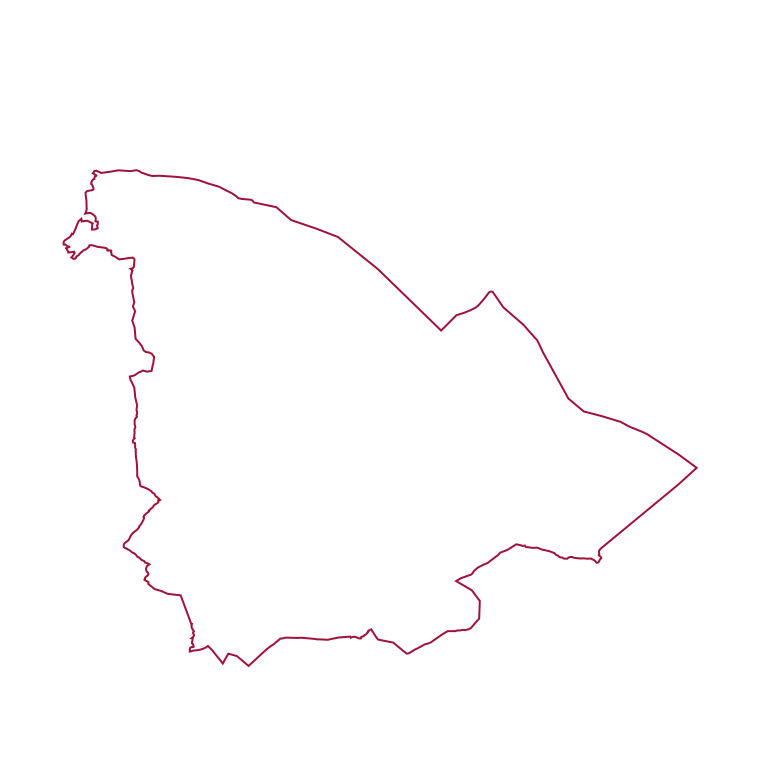 outline of Rælingen nor, Akershus, Norway, rotated 348°
{"feature_id": "86288312B33593652809253", "entity_name": "Rælingen nor", "entity_type": "district", "adm_level": 2, "iso_a3": "NOR", "parent_name": "Norway", "parent_adm1": "Akershus", "projection": "equal_earth", "projection_center": [11.038, 59.891], "detail": "fine", "context": "isolated", "style": "outline", "palette": "rose", "viewbox_px": 768, "rotation_deg": 348, "n_neighbors": 0, "source": "geoboundaries", "source_scale": "gbopen_adm2", "svg_char_len": 6157}
<svg xmlns="http://www.w3.org/2000/svg" viewBox="0 0 768 768"><g transform="rotate(348 384 384)"><path d="M315.5,188.7L294.9,179.6L294.0,178.6L293.6,177.4L292.2,176.1L283.3,173.4L280.2,172.0L278.3,169.4L275.4,166.3L263.3,156.5L253.6,151.3L244.8,145.9L234.7,141.7L222.9,137.9L207.6,133.6L200.7,132.4L197.3,130.8L191.0,127.0L190.0,126.2L188.9,124.9L186.3,123.4L180.2,123.1L168.8,119.8L159.5,119.4L151.0,118.7L149.7,117.4L147.3,116.0L147.0,115.6L145.1,115.4L144.5,115.9L144.5,116.3L143.0,117.3L145.9,120.0L146.0,120.4L145.0,121.0L144.3,121.0L143.4,122.5L143.4,123.1L142.2,123.3L140.4,124.9L139.3,126.8L139.2,127.4L139.6,127.6L140.5,130.9L140.4,133.0L140.1,133.4L138.6,133.7L133.9,133.6L133.2,133.9L131.9,134.8L131.5,136.5L131.1,142.5L129.5,151.3L128.3,153.8L127.2,155.2L130.1,155.3L132.5,155.7L134.6,157.6L136.5,160.2L136.5,162.2L135.6,164.9L136.4,165.4L137.8,165.7L137.3,168.3L136.2,169.2L136.4,171.6L136.2,172.2L133.4,172.7L130.4,172.2L131.8,167.2L132.5,166.4L129.6,164.1L128.9,163.4L127.5,162.6L124.8,162.3L122.1,162.2L122.3,160.9L122.3,159.5L119.2,161.2L116.7,164.7L114.4,168.2L110.9,172.9L110.0,172.7L109.8,172.3L108.2,174.2L107.2,174.9L101.3,177.3L100.7,177.9L99.8,179.3L100.0,179.7L99.7,181.0L101.3,181.4L102.9,183.4L104.3,183.9L104.6,184.5L101.3,185.1L102.6,188.5L102.5,189.8L108.4,190.2L108.6,191.5L106.6,193.6L104.5,195.3L105.1,195.7L106.4,197.2L108.1,197.0L108.6,196.3L109.1,196.4L110.0,195.2L112.4,194.3L112.7,193.8L113.4,193.5L114.9,192.3L116.3,191.7L117.3,191.0L120.1,190.4L122.1,189.5L123.9,188.4L124.4,187.3L125.1,187.1L126.6,187.4L127.9,187.8L132.2,190.2L138.6,192.5L140.7,193.5L140.7,193.8L141.6,194.8L141.2,195.5L141.2,195.9L141.7,196.2L143.8,196.3L144.6,196.6L144.9,197.2L144.6,197.5L144.4,198.0L144.4,198.7L144.7,199.0L144.4,200.6L144.7,201.4L147.9,204.0L148.9,205.1L151.0,207.1L164.3,208.1L164.3,208.3L165.6,209.4L165.8,210.0L165.6,211.3L164.2,215.6L164.1,216.9L163.6,217.5L161.9,218.7L160.0,218.6L161.6,220.9L160.4,222.4L160.2,223.4L159.3,224.7L159.0,225.3L159.1,225.8L158.8,227.2L158.8,230.8L158.5,232.8L158.7,237.8L158.4,238.6L157.9,238.9L157.2,240.1L156.9,240.7L157.1,241.5L156.8,242.0L156.7,252.2L154.5,256.1L155.7,261.1L150.9,269.7L151.8,276.9L150.4,288.1L153.2,292.8L155.1,296.8L155.8,301.0L157.8,303.3L160.4,304.1L162.1,305.3L163.2,306.4L164.6,309.4L164.7,310.1L163.3,313.6L162.8,315.6L161.7,317.5L159.4,322.8L154.9,322.7L151.0,320.7L148.1,321.5L146.4,321.7L142.3,323.5L139.9,323.8L136.9,323.8L136.9,326.9L138.1,331.5L139.0,335.9L137.9,345.5L138.1,353.5L136.5,357.9L136.7,360.3L136.0,362.3L135.4,363.0L135.5,364.8L133.8,365.9L132.9,367.0L132.4,368.2L131.7,371.5L131.9,373.7L131.7,374.7L130.4,376.7L129.8,380.4L129.2,381.8L129.1,382.8L128.3,384.1L128.9,385.2L127.3,386.3L126.5,387.2L126.3,388.6L126.3,389.0L128.1,390.0L127.9,392.2L127.3,394.5L127.6,395.7L127.6,396.8L127.0,398.5L127.0,399.7L126.7,400.3L126.1,404.5L126.1,406.3L125.6,411.3L124.5,417.9L123.4,423.0L124.4,425.9L124.8,428.5L124.3,431.8L124.6,432.9L125.0,433.6L127.4,434.9L131.6,437.9L134.4,440.8L134.8,442.2L136.5,443.5L137.4,446.4L138.8,447.7L139.2,448.4L140.2,449.7L139.9,450.2L140.5,450.7L139.7,450.8L139.8,451.1L139.7,451.1L138.9,450.9L138.8,451.2L138.8,452.5L138.0,453.3L134.9,454.3L133.6,455.0L132.8,456.0L131.9,456.6L127.8,458.8L128.0,459.4L127.8,459.7L124.4,461.3L122.1,462.8L121.1,464.0L121.1,464.4L121.5,465.2L120.5,466.8L117.4,470.5L115.1,472.2L114.5,473.4L112.0,475.3L107.7,477.3L106.5,478.1L104.3,480.2L102.8,482.4L101.4,483.8L97.2,485.7L96.2,486.8L95.7,488.1L95.6,489.6L96.9,490.8L98.4,491.6L98.7,492.3L100.4,493.5L102.8,496.6L104.3,497.5L105.7,499.2L106.7,501.4L107.7,502.5L108.4,502.9L110.5,506.0L111.2,506.3L112.8,507.6L113.1,508.9L115.5,510.2L117.1,511.6L114.3,512.8L112.9,514.9L112.7,517.8L113.9,519.6L114.1,520.9L113.0,522.1L110.7,523.2L109.9,524.2L109.7,525.1L109.0,525.6L110.4,527.2L112.4,528.7L111.9,530.6L116.9,536.8L123.0,540.1L128.8,544.3L141.2,548.5L145.5,578.2L146.3,578.7L145.6,579.7L145.6,580.7L145.2,581.3L145.4,583.2L145.9,583.8L145.8,584.8L146.7,586.4L146.5,586.8L145.8,587.2L145.5,587.6L145.5,588.3L145.7,589.3L146.1,589.9L146.0,590.3L144.9,591.5L142.9,592.7L144.0,593.1L142.2,597.7L143.1,598.9L143.2,601.4L142.6,601.7L140.8,601.3L140.1,601.5L139.6,601.8L139.2,602.4L138.4,605.3L139.9,605.4L141.8,605.1L146.3,605.6L150.1,605.6L154.7,604.8L157.3,603.7L160.2,607.9L168.2,623.9L175.6,615.4L183.5,619.5L192.9,631.6L213.6,619.3L219.0,616.7L221.8,615.7L229.7,611.5L232.0,611.8L234.2,611.6L236.2,611.9L246.5,614.4L250.8,615.1L264.0,619.2L265.7,620.0L267.3,620.2L275.7,622.5L286.5,622.5L298.5,624.1L298.7,625.3L300.4,625.0L302.8,625.1L304.0,625.7L306.6,627.6L308.4,628.1L308.7,627.9L309.2,626.6L311.7,626.5L312.0,625.9L314.7,625.0L316.1,623.7L316.8,623.5L317.2,623.0L316.9,622.6L317.0,622.4L318.3,621.8L320.5,621.4L323.2,628.7L325.0,632.7L339.3,638.9L350.0,652.4L351.4,652.6L353.8,652.1L359.3,650.1L361.7,649.6L369.9,647.1L373.3,647.0L376.0,646.5L388.9,641.0L395.0,639.0L402.5,640.6L404.4,640.3L406.9,640.8L411.2,641.1L411.6,641.5L412.4,641.7L416.2,641.4L418.5,640.7L423.8,636.5L428.3,633.3L432.6,616.1L427.0,604.0L413.6,591.8L418.6,590.0L429.8,588.5L430.9,587.8L433.3,585.5L437.4,583.2L443.4,581.5L447.9,580.7L460.2,574.9L462.7,573.1L470.1,572.0L480.1,568.3L484.6,570.3L485.7,571.2L488.1,571.3L488.9,573.0L496.5,575.5L499.4,575.8L500.8,576.5L503.7,578.6L510.9,581.9L515.5,584.8L516.5,586.6L517.5,587.4L518.1,587.7L519.9,590.0L522.5,590.9L523.1,591.9L526.7,593.0L529.0,592.0L530.4,592.0L532.0,592.3L533.6,593.4L538.1,595.0L540.6,595.7L542.5,595.9L546.4,597.1L550.6,597.9L551.1,598.8L551.9,599.1L553.7,601.0L554.8,603.0L555.1,603.2L556.1,603.2L557.2,602.6L558.4,600.9L560.4,599.3L560.1,598.2L558.5,596.1L559.0,595.2L559.3,595.0L559.4,592.7L559.7,591.8L561.5,590.2L651.2,543.4L672.4,531.0L657.3,514.0L633.2,490.1L631.5,488.2L626.4,484.3L615.1,476.7L607.7,470.3L590.5,460.8L573.7,452.4L561.4,436.7L546.0,385.8L543.8,376.3L542.8,372.8L536.3,361.6L533.0,355.5L516.6,333.7L509.5,316.6L508.3,315.9L507.7,315.8L506.6,315.9L505.7,316.3L499.2,321.9L494.0,325.8L492.5,326.8L489.4,328.4L483.6,329.9L476.5,331.1L469.3,331.7L451.0,343.6L402.0,270.5L369.6,230.7L349.5,217.6L327.3,204.4L315.5,188.7Z" fill="none" stroke="#9f1239" stroke-width="2"/></g></svg>